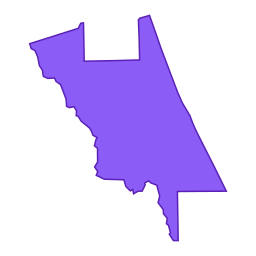 outline of Volusia, Florida, United States of America
{"feature_id": "52423323B44461654915973", "entity_name": "Volusia", "entity_type": "district", "adm_level": 2, "iso_a3": "USA", "parent_name": "United States of America", "parent_adm1": "Florida", "projection": "equal_earth", "projection_center": [-81.228, 29.02], "detail": "fine", "context": "isolated", "style": "filled", "palette": "violet", "viewbox_px": 256, "rotation_deg": 0, "n_neighbors": 0, "source": "geoboundaries", "source_scale": "gbopen_adm2", "svg_char_len": 1064}
<svg xmlns="http://www.w3.org/2000/svg" viewBox="0 0 256 256"><path d="M173.4,240.6L178.2,240.6L177.4,191.5L203.4,191.3L226.3,191.2L214.9,168.0L198.3,135.2L196.0,130.5L192.8,123.4L189.9,115.6L182.2,102.7L178.5,94.2L177.7,92.5L176.6,89.5L174.6,84.3L161.0,48.3L158.5,41.0L156.1,34.1L149.5,15.4L139.8,18.2L138.4,19.8L139.1,37.6L139.6,59.9L130.1,60.2L115.1,60.6L84.2,61.2L83.5,22.9L80.8,23.2L78.3,28.3L29.7,43.7L31.2,48.6L34.9,50.5L37.7,56.9L39.4,65.7L42.4,70.2L43.3,76.3L47.8,78.4L54.5,78.0L56.0,81.4L60.6,84.6L66.1,99.2L66.6,106.4L69.4,107.6L74.0,106.7L76.5,110.7L76.2,115.7L78.1,116.2L81.1,121.1L89.4,127.9L91.4,131.1L93.0,135.3L97.2,137.6L95.9,139.8L94.4,145.8L97.5,148.3L97.6,162.0L94.6,166.9L97.7,171.5L96.3,175.4L104.3,179.2L114.1,179.5L123.9,179.8L125.9,186.5L130.3,190.9L132.7,189.5L133.6,193.8L138.3,191.1L142.1,191.2L145.2,184.9L144.6,182.9L148.8,180.9L150.6,182.8L156.8,185.2L159.7,196.1L158.1,202.7L163.2,209.6L163.5,213.8L167.3,218.4L166.4,223.7L168.5,225.4L170.5,232.9L169.3,234.2L173.4,240.6Z" fill="#8b5cf6" stroke="#5b21b6" stroke-width="1.5"/></svg>